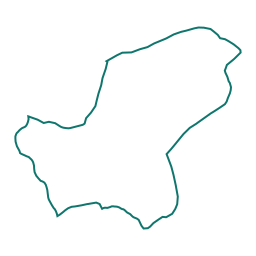 the district of Lingmukha, Punakha, Bhutan
{"feature_id": "84629894B76511771149478", "entity_name": "Lingmukha", "entity_type": "district", "adm_level": 2, "iso_a3": "BTN", "parent_name": "Bhutan", "parent_adm1": "Punakha", "projection": "robinson", "projection_center": [89.91, 27.547], "detail": "fine", "context": "isolated", "style": "outline", "palette": "teal", "viewbox_px": 256, "rotation_deg": 0, "n_neighbors": 0, "source": "geoboundaries", "source_scale": "gbopen_adm2", "svg_char_len": 2255}
<svg xmlns="http://www.w3.org/2000/svg" viewBox="0 0 256 256"><path d="M57.4,216.1L59.7,214.7L62.7,212.4L65.3,210.2L68.2,208.2L71.6,206.8L75.3,206.4L81.6,205.3L87.1,204.1L88.7,203.9L89.7,203.7L92.1,203.3L96.2,202.6L99.6,204.0L102.1,208.8L103.6,208.0L105.0,207.7L106.2,207.8L107.4,207.9L108.7,207.5L110.5,206.9L111.5,206.4L113.0,206.3L114.5,206.5L116.3,206.6L117.5,206.8L119.4,207.5L121.1,208.6L122.2,209.1L123.1,209.2L124.3,209.8L127.0,212.4L127.9,212.9L129.6,213.8L130.4,214.3L131.3,215.3L132.1,216.1L132.9,216.8L133.9,217.4L136.9,218.6L138.7,219.9L141.5,225.8L143.6,228.5L147.8,228.2L150.0,226.7L153.4,223.1L158.0,219.9L160.4,218.3L162.5,216.9L166.2,217.2L172.2,213.8L175.3,208.9L177.2,204.2L177.8,196.5L177.6,195.5L176.0,186.7L175.8,185.5L173.5,174.9L171.3,166.6L166.6,154.1L171.1,149.1L173.6,146.1L177.7,141.1L179.4,139.0L183.6,133.9L187.6,130.0L189.7,127.9L196.5,123.6L197.4,122.9L202.9,119.0L210.6,113.5L214.2,111.3L219.0,108.2L224.9,104.2L226.7,101.5L227.8,98.2L229.9,93.3L230.7,90.2L231.0,87.2L229.8,82.9L228.7,81.3L227.4,76.9L225.5,72.9L224.8,70.6L225.5,68.9L226.9,64.9L227.8,64.2L233.5,59.5L234.3,58.8L240.6,52.6L240.4,50.2L238.5,48.2L233.6,44.3L228.3,41.0L225.0,39.2L220.1,38.2L217.8,34.9L213.6,31.4L210.5,29.0L206.9,28.3L203.9,27.7L198.5,27.5L194.1,28.4L186.0,30.7L181.3,31.8L173.8,34.4L167.6,37.7L166.5,38.3L164.9,39.0L154.0,43.5L147.5,47.1L140.0,49.2L131.5,52.4L122.3,52.7L116.9,55.3L106.5,61.2L107.4,61.9L105.7,68.9L102.5,78.2L101.2,85.2L98.5,93.5L96.8,100.1L95.4,106.1L91.0,112.6L86.1,118.2L84.6,123.6L82.8,124.8L80.9,125.3L70.5,128.0L68.8,128.3L67.2,128.2L66.1,128.1L63.4,127.7L61.5,127.1L60.0,126.3L55.2,123.2L48.9,121.8L43.7,123.0L37.7,119.7L28.3,116.4L28.6,119.1L27.9,122.0L27.1,124.1L26.1,125.8L25.0,126.8L24.0,127.3L22.3,128.0L20.9,129.0L19.4,130.3L17.9,132.0L16.8,133.0L16.1,134.3L15.4,136.4L15.4,138.6L15.6,141.7L16.9,146.2L19.5,151.0L20.1,153.1L21.4,153.9L24.8,155.4L26.7,156.3L28.7,157.0L30.4,158.6L31.6,159.7L32.6,161.2L33.2,162.5L34.0,165.6L34.2,169.0L34.6,172.1L36.3,175.8L37.4,177.1L38.2,178.1L40.6,180.8L42.6,181.5L44.4,182.6L45.8,184.8L46.6,187.3L47.3,190.0L47.8,194.1L48.2,197.4L48.8,199.5L50.2,202.1L51.9,205.2L53.8,208.2L54.8,209.2L56.0,211.4L56.9,213.9L57.4,216.1Z" fill="none" stroke="#0f766e" stroke-width="2"/></svg>